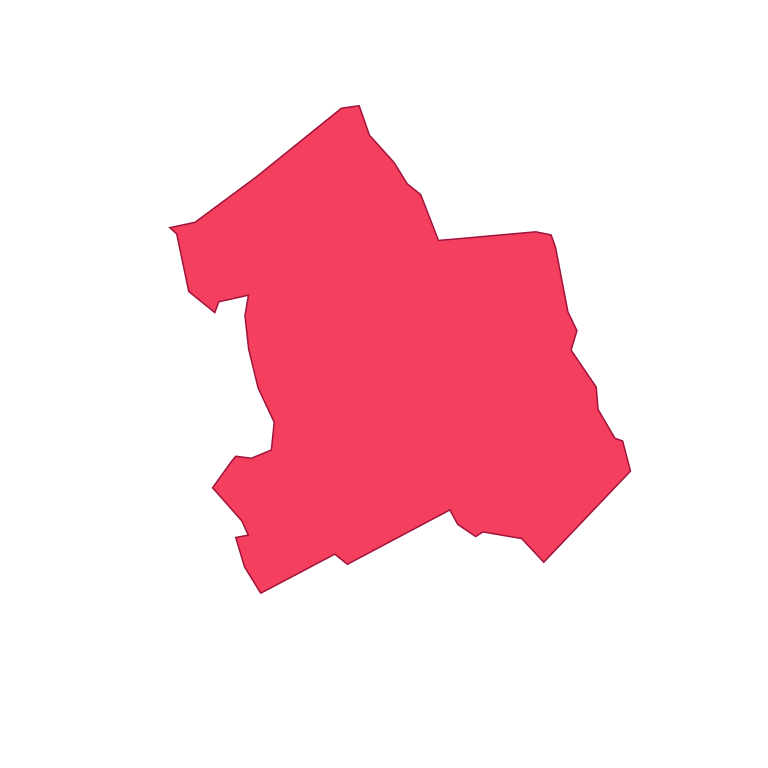 Botetourt, Virginia, United States of America (Albers equal-area conic projection), rotated 115°
{"feature_id": "52423323B68176065180378", "entity_name": "Botetourt", "entity_type": "district", "adm_level": 2, "iso_a3": "USA", "parent_name": "United States of America", "parent_adm1": "Virginia", "projection": "albers", "projection_center": [-79.803, 37.555], "detail": "fine", "context": "isolated", "style": "filled", "palette": "rose", "viewbox_px": 768, "rotation_deg": 115, "n_neighbors": 0, "source": "geoboundaries", "source_scale": "gbopen_adm2", "svg_char_len": 783}
<svg xmlns="http://www.w3.org/2000/svg" viewBox="0 0 768 768"><g transform="rotate(115 384 384)"><path d="M142.3,524.1L152.0,539.1L250.3,587.3L264.0,594.7L299.2,613.8L317.3,623.6L332.8,644.2L335.6,635.3L382.7,600.0L390.8,567.5L379.3,568.5L360.8,544.4L380.8,538.9L409.6,521.4L440.8,496.4L465.1,467.3L491.4,458.2L507.4,472.9L512.1,487.8L518.9,489.6L550.5,495.5L568.1,455.1L578.3,443.1L585.8,453.5L608.7,433.1L625.7,407.3L559.0,356.7L562.9,341.0L470.3,271.1L480.1,257.8L483.5,236.4L476.3,231.9L465.9,193.9L478.0,163.9L358.8,123.8L334.8,143.6L335.6,151.8L316.6,179.2L297.1,190.4L274.3,228.7L254.1,231.7L240.9,247.8L187.9,286.1L178.3,295.5L181.9,310.7L230.9,395.3L196.9,430.7L192.7,447.6L179.2,468.1L164.7,502.3L142.3,524.1Z" fill="#f43f5e" stroke="#9f1239" stroke-width="1.5"/></g></svg>